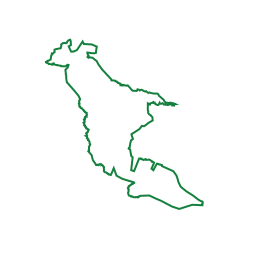 Malinaltepec, Guerrero, Mexico (Natural Earth projection), rotated 312°
{"feature_id": "50627088B5493322532646", "entity_name": "Malinaltepec", "entity_type": "district", "adm_level": 2, "iso_a3": "MEX", "parent_name": "Mexico", "parent_adm1": "Guerrero", "projection": "natural_earth1", "projection_center": [-98.711, 17.129], "detail": "fine", "context": "isolated", "style": "outline", "palette": "green", "viewbox_px": 256, "rotation_deg": 312, "n_neighbors": 0, "source": "geoboundaries", "source_scale": "gbopen_adm2", "svg_char_len": 5821}
<svg xmlns="http://www.w3.org/2000/svg" viewBox="0 0 256 256"><g transform="rotate(312 128 128)"><path d="M154.9,26.0L154.5,25.6L152.7,25.0L151.2,25.1L150.0,25.5L149.3,24.9L148.5,23.5L147.6,23.2L147.4,22.8L145.4,22.4L144.2,23.7L143.0,24.1L142.2,24.6L138.9,22.0L137.1,21.0L135.8,22.1L135.4,22.2L135.1,22.7L133.6,22.3L132.3,22.4L132.2,21.7L131.3,22.3L130.1,22.6L129.1,23.5L128.4,23.7L127.2,24.7L124.6,23.8L124.2,23.3L123.3,23.2L122.2,22.8L122.0,23.0L121.9,23.3L122.1,24.1L122.6,24.8L122.5,26.3L123.1,26.7L123.4,27.5L124.5,29.5L125.3,28.9L125.9,29.5L126.3,29.6L126.0,30.5L126.3,31.7L126.8,32.3L127.2,33.3L127.6,33.5L127.6,33.9L129.0,35.9L129.1,36.7L129.4,36.7L130.1,38.2L132.0,40.3L134.5,40.7L135.0,41.7L133.2,42.3L132.7,42.7L129.3,42.6L126.8,45.5L126.1,45.9L125.9,46.6L125.4,47.3L124.9,47.7L124.4,47.9L121.1,51.9L119.9,62.6L118.9,69.2L118.4,70.9L117.8,71.8L117.6,72.9L116.1,73.6L115.5,73.5L114.3,74.8L113.9,74.9L113.7,75.5L113.2,75.4L113.2,75.8L113.0,76.2L111.8,76.8L111.8,77.4L111.5,77.8L111.7,78.3L111.4,78.5L111.4,79.2L111.2,79.5L111.3,80.0L111.8,80.6L111.8,80.9L111.5,82.0L111.6,82.6L111.3,83.0L111.4,83.4L111.2,83.7L111.5,84.1L111.0,85.3L111.4,85.8L111.4,86.4L111.2,86.7L111.5,87.2L110.7,87.6L110.6,88.4L110.4,88.6L109.8,88.9L109.0,88.8L108.7,89.6L108.3,89.2L107.8,89.1L107.5,88.8L107.0,89.3L106.5,89.2L106.4,89.8L105.9,90.1L105.7,89.9L105.6,89.6L104.8,89.5L104.6,89.7L104.6,90.2L104.4,90.4L104.4,90.8L103.7,91.7L103.2,91.8L102.2,91.4L101.8,93.0L101.2,93.1L100.6,93.6L100.6,94.1L101.0,94.6L100.5,95.1L100.1,95.9L100.2,96.4L100.0,96.6L99.9,96.9L100.2,96.9L99.9,97.4L99.9,97.7L100.0,98.1L100.3,98.3L100.4,100.0L100.0,100.2L99.0,100.2L98.0,100.9L97.5,100.8L97.3,100.5L97.0,100.4L96.7,100.8L96.0,100.6L95.8,101.4L95.2,101.8L94.7,101.9L94.9,102.7L94.4,103.0L94.0,102.6L94.1,103.4L93.5,103.9L93.3,105.2L92.9,105.0L92.9,105.6L92.2,106.4L92.6,107.3L91.8,108.9L91.2,109.3L90.8,110.1L90.6,110.8L90.1,110.8L89.7,111.3L87.9,111.5L86.3,113.2L85.5,113.4L85.1,114.5L84.8,114.6L84.1,114.3L83.5,119.1L80.6,123.4L79.4,128.6L79.1,129.0L79.3,129.4L80.5,130.0L80.5,130.7L80.9,131.2L81.8,131.0L82.3,131.3L82.8,131.8L82.8,132.3L83.0,132.4L83.0,132.6L82.7,132.9L83.1,133.0L83.0,133.4L83.2,133.7L83.3,134.4L82.7,135.6L82.9,135.9L82.9,136.4L81.5,137.3L81.1,138.1L80.0,138.7L79.7,139.3L79.7,140.4L80.4,141.6L80.3,142.4L80.6,142.7L80.7,143.1L80.7,143.5L80.4,143.9L80.8,144.6L80.7,145.1L81.2,145.5L81.4,146.6L81.7,146.7L88.6,144.3L84.9,151.4L86.5,158.1L91.2,167.9L91.6,169.1L91.3,169.4L90.5,169.0L89.6,169.0L89.2,168.8L89.1,168.3L88.8,168.2L87.6,168.1L87.1,168.3L86.6,167.8L85.7,167.8L85.2,167.4L84.8,167.6L84.3,168.2L83.2,168.1L82.9,168.7L82.9,169.5L82.7,169.9L81.7,170.3L81.1,171.0L80.0,171.3L79.7,171.9L79.4,172.1L78.9,172.7L78.5,174.0L78.8,174.3L78.8,174.6L79.0,174.8L79.1,176.0L79.4,175.9L80.0,176.8L80.2,178.3L81.6,180.0L82.1,180.1L82.3,180.7L82.9,181.1L83.0,181.5L83.3,181.5L83.2,181.9L83.7,182.1L84.0,181.9L84.3,182.2L84.9,182.1L85.8,182.5L92.1,189.0L94.2,196.0L96.0,201.2L99.1,213.3L102.1,220.2L113.9,227.1L120.4,235.0L121.3,234.3L121.3,233.9L122.0,233.9L123.0,233.1L123.0,232.0L122.4,231.2L122.1,229.2L121.9,229.0L121.3,221.4L120.0,213.9L119.6,206.5L121.7,201.4L123.3,199.1L125.2,195.5L126.2,190.5L122.4,178.7L123.2,177.9L122.4,176.7L122.3,176.1L121.8,175.7L121.7,174.9L121.4,174.7L121.2,173.8L120.8,173.3L113.6,175.1L113.5,172.7L119.7,170.6L119.7,170.0L119.5,169.3L119.3,169.0L119.5,169.0L118.8,165.0L116.8,163.2L116.5,162.8L116.8,162.4L116.6,161.9L116.1,162.1L115.4,161.2L115.1,161.2L114.6,160.9L114.4,160.1L114.2,159.7L114.1,159.3L114.3,158.8L113.6,158.5L113.6,157.5L113.3,157.4L112.9,156.9L112.7,156.7L100.0,161.4L98.8,158.6L109.3,151.1L109.5,150.4L109.4,150.2L109.4,149.1L113.5,143.9L113.3,143.5L113.4,142.8L113.1,142.5L113.1,142.3L114.0,142.0L114.8,142.1L115.4,141.9L115.9,141.3L116.9,140.8L118.4,139.7L118.9,139.6L120.7,138.6L121.2,138.5L122.0,138.9L123.3,138.9L124.3,136.8L125.7,134.7L134.7,137.2L138.8,136.9L140.0,138.7L142.8,139.4L145.6,139.8L150.1,141.3L152.2,139.1L152.5,138.1L152.4,137.5L152.7,136.1L152.3,134.7L152.6,133.1L153.3,132.3L154.1,131.8L154.2,131.2L154.8,130.5L159.1,126.7L159.0,127.4L159.3,127.7L159.9,127.5L159.8,128.2L160.1,128.7L161.2,128.2L162.0,128.5L162.6,129.1L163.1,129.1L164.2,129.4L163.8,130.3L164.7,130.9L164.1,131.8L164.4,132.6L164.3,133.4L164.8,134.4L165.4,135.2L167.9,134.6L167.5,135.4L167.8,136.0L168.4,136.6L169.6,137.1L169.6,137.6L169.4,139.0L170.0,139.6L170.7,139.6L170.6,140.5L171.0,140.9L171.5,141.9L171.9,142.4L173.0,142.8L174.7,144.2L174.8,144.8L174.3,145.2L174.2,145.5L174.5,146.0L175.3,146.2L175.4,147.2L175.6,147.2L176.1,146.3L176.4,146.2L177.5,147.3L177.3,146.5L176.6,145.3L176.5,144.6L175.5,144.0L175.4,142.7L173.8,141.4L172.4,139.4L172.1,138.4L172.1,137.7L172.8,135.6L172.7,129.4L173.3,128.0L173.3,127.1L173.1,126.6L170.9,124.2L169.3,121.5L168.8,120.2L167.7,119.7L167.5,118.5L167.5,116.9L166.7,116.6L165.9,114.4L165.9,113.6L165.6,112.7L165.4,112.4L163.8,111.6L164.0,111.0L163.9,110.8L163.1,109.2L161.4,109.7L158.7,106.3L159.0,103.6L159.2,102.7L159.5,99.3L158.7,98.9L158.4,98.5L158.3,98.1L157.4,97.0L157.2,96.5L157.3,96.1L157.0,95.7L156.7,95.4L156.5,95.7L156.3,95.5L156.1,95.6L155.7,95.3L155.5,94.1L155.0,94.2L154.8,93.9L155.6,93.4L155.8,92.8L155.4,92.4L155.6,92.0L155.1,91.1L155.2,90.9L155.1,90.4L154.8,90.3L155.0,88.8L154.6,88.6L154.7,87.7L154.3,87.2L154.5,86.8L154.2,86.1L152.3,83.8L153.0,82.9L154.2,69.2L154.8,66.9L154.9,65.8L155.2,65.0L155.4,63.6L156.8,60.0L156.5,56.4L156.5,54.8L155.6,53.2L154.4,52.0L153.7,51.6L153.7,50.4L154.7,50.2L154.9,50.4L155.3,50.5L155.4,50.3L155.5,50.2L155.4,49.5L155.6,49.0L156.2,48.4L156.3,47.9L156.9,47.3L159.4,51.0L161.0,53.0L162.4,53.9L163.5,53.0L167.6,50.3L165.8,45.1L160.9,39.0L161.9,36.4L151.8,37.9L148.2,36.3L146.7,34.6L149.0,29.3L151.4,30.1L151.7,30.0L152.9,28.5L154.1,27.5L154.9,26.0Z" fill="none" stroke="#15803d" stroke-width="2"/></g></svg>